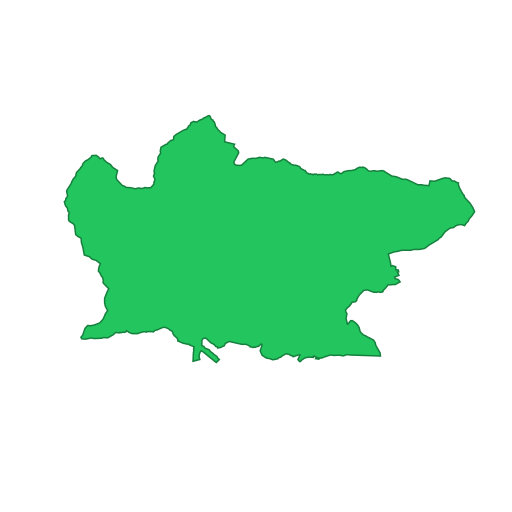 Sighisoara, Mures, Romania (orthographic projection), rotated 285°
{"feature_id": "2599482B28602664470225", "entity_name": "Sighisoara", "entity_type": "district", "adm_level": 2, "iso_a3": "ROU", "parent_name": "Romania", "parent_adm1": "Mures", "projection": "orthographic", "projection_center": [24.78, 46.228], "detail": "fine", "context": "isolated", "style": "filled", "palette": "green", "viewbox_px": 512, "rotation_deg": 285, "n_neighbors": 0, "source": "geoboundaries", "source_scale": "gbopen_adm2", "svg_char_len": 6122}
<svg xmlns="http://www.w3.org/2000/svg" viewBox="0 0 512 512"><g transform="rotate(285 256 256)"><path d="M191.6,402.1L194.6,400.9L199.3,396.2L200.9,394.7L203.1,393.6L205.2,391.3L206.3,386.5L206.7,384.1L207.3,382.7L207.5,380.2L208.3,379.0L209.0,377.3L210.5,375.8L213.5,374.2L215.8,371.8L217.2,369.4L218.5,365.8L218.0,364.1L214.1,362.4L213.9,362.2L214.1,361.8L219.1,359.1L223.8,358.8L225.2,357.3L226.9,356.5L229.3,357.5L232.2,359.5L233.4,359.6L234.1,360.2L235.9,360.6L236.4,361.3L237.5,363.8L239.0,364.8L240.5,364.6L244.7,365.7L250.8,369.1L252.1,372.4L251.4,379.2L251.9,380.1L251.9,381.4L253.1,383.5L253.0,385.3L254.0,387.5L254.5,387.9L256.1,387.7L256.9,388.6L262.5,391.2L263.0,393.5L264.1,396.2L264.3,397.7L268.3,401.9L270.0,399.6L270.2,398.6L270.0,396.5L271.5,395.3L274.3,399.1L277.2,396.7L277.7,397.9L279.4,397.0L278.8,394.6L281.8,393.7L282.0,390.1L281.1,389.0L284.4,387.6L292.2,383.3L295.6,388.2L297.3,391.9L298.9,394.6L299.8,397.1L301.6,404.1L303.1,406.5L304.6,412.0L306.8,416.6L307.7,417.6L311.2,420.2L319.0,427.7L320.6,428.4L322.3,430.0L328.2,432.3L332.4,435.5L333.7,437.2L334.6,439.5L336.8,441.0L338.8,443.9L339.6,447.0L339.3,449.6L342.2,450.6L344.5,451.9L347.5,452.5L350.5,454.1L355.4,455.7L359.0,452.8L362.5,448.9L366.6,442.3L368.2,441.5L369.8,439.3L374.6,434.8L376.9,433.2L379.0,432.6L379.1,430.4L379.8,428.3L379.2,425.8L380.5,424.3L381.1,422.7L380.4,418.3L379.1,415.9L374.5,409.3L373.6,404.6L368.8,404.9L367.8,400.0L367.7,397.7L366.7,393.9L368.9,382.3L368.8,380.1L368.0,377.9L368.8,371.5L368.7,368.7L368.4,368.0L368.5,366.2L370.4,359.6L371.1,358.0L371.2,356.4L371.1,355.5L369.2,351.1L369.1,348.4L367.3,344.1L367.4,342.3L368.4,340.8L369.4,338.3L369.5,336.0L368.8,334.8L368.6,333.1L366.3,330.3L365.2,329.8L363.0,325.5L362.4,323.2L360.3,319.2L357.6,317.0L357.5,315.4L358.0,314.6L358.3,313.3L357.7,312.4L356.6,311.7L356.1,310.7L355.1,310.2L354.0,308.4L354.0,306.5L353.1,305.4L352.9,303.5L352.1,301.6L352.3,299.3L351.6,298.4L351.2,296.3L350.4,294.4L350.8,293.2L350.3,292.0L350.2,291.0L349.2,290.3L349.6,289.4L349.2,288.3L349.5,287.5L348.8,285.6L349.4,284.7L349.3,284.3L349.5,283.4L351.3,281.4L351.1,280.4L351.5,279.4L352.0,276.7L353.3,275.5L353.7,274.3L354.0,271.2L353.6,269.3L353.6,266.5L353.9,265.6L354.7,264.6L354.8,263.5L356.3,260.3L356.6,258.6L356.7,257.2L353.8,254.5L353.7,253.6L352.8,252.7L351.7,251.0L351.9,250.1L354.0,247.7L353.6,239.1L352.5,237.4L352.3,234.0L350.3,230.7L349.4,227.1L347.5,223.2L339.9,218.5L339.1,216.1L338.5,212.7L339.6,211.0L341.2,210.3L351.1,212.6L352.9,211.7L355.7,206.3L357.1,206.0L358.4,206.4L358.2,196.1L364.8,194.9L366.3,189.7L367.5,188.1L367.8,187.0L370.1,184.5L370.7,183.2L372.0,182.8L374.6,181.1L375.0,179.9L376.1,179.3L376.3,178.0L377.5,176.5L378.9,175.7L379.5,174.5L379.2,173.7L376.5,171.0L376.4,170.4L375.2,169.3L374.6,169.2L372.8,166.6L370.0,164.1L369.8,160.8L367.8,158.6L365.5,158.5L364.7,157.6L360.3,156.1L360.1,155.3L358.8,153.5L352.7,147.4L350.2,145.7L347.5,146.1L346.4,145.8L345.9,144.3L345.4,143.7L342.3,141.6L341.0,141.2L340.7,140.3L336.5,136.1L332.7,136.3L330.7,137.3L326.2,135.8L323.3,136.3L322.2,137.1L320.9,136.4L317.1,135.3L312.2,135.5L310.8,135.8L309.8,136.6L306.6,136.3L303.8,138.7L300.9,138.3L299.1,138.8L294.8,136.7L293.7,133.5L293.3,130.6L292.3,129.7L291.6,128.1L291.5,126.0L291.2,124.6L289.7,122.1L289.5,116.9L288.6,112.9L289.3,111.2L289.5,108.6L293.4,102.3L294.9,100.9L297.0,100.3L302.7,100.2L304.5,94.6L306.0,92.8L306.9,91.2L307.9,87.4L309.6,84.2L310.9,83.1L310.9,82.0L309.6,80.3L309.7,79.8L310.6,78.8L311.9,75.7L310.6,71.6L308.6,71.0L305.6,68.8L303.7,66.7L300.7,65.0L297.4,64.7L296.6,64.0L294.4,63.3L290.2,61.0L286.1,61.1L283.2,59.6L280.1,58.8L278.4,58.8L270.6,56.3L269.1,56.5L265.4,58.4L263.5,58.1L262.1,57.4L260.5,57.8L258.9,56.8L256.1,58.4L254.9,59.4L253.5,61.4L250.8,62.7L249.6,64.4L247.1,64.3L242.1,65.7L241.1,67.0L239.7,71.4L238.4,72.9L230.0,76.3L228.8,78.8L228.0,82.4L223.8,83.9L220.0,86.3L212.5,89.9L212.2,95.2L210.5,98.4L210.4,102.5L208.3,107.7L205.2,107.2L201.2,107.5L200.5,107.8L198.9,110.0L196.8,111.6L195.7,113.2L192.8,114.9L191.3,115.0L190.3,115.5L186.2,122.3L183.6,121.6L176.0,120.7L171.5,121.9L168.3,123.6L164.9,126.8L161.2,125.5L155.6,124.7L151.3,122.6L150.2,121.5L147.1,117.0L145.6,113.6L145.4,111.6L144.6,111.0L141.9,109.6L134.7,109.1L132.2,107.9L130.9,109.1L131.5,112.7L134.1,117.9L134.3,119.2L134.3,120.9L136.6,128.1L137.7,129.8L138.6,134.0L143.0,138.5L145.8,140.2L146.2,143.1L146.7,143.8L146.5,144.4L147.0,144.7L147.0,145.5L148.1,147.4L148.0,148.3L149.0,149.9L150.3,150.3L149.2,153.7L149.0,156.6L150.4,161.8L151.7,163.5L153.8,167.2L154.1,168.4L154.0,169.7L154.9,170.2L155.0,171.5L155.6,173.2L156.2,176.7L157.9,177.5L159.1,179.8L162.7,184.2L163.6,186.5L163.1,190.4L162.0,192.4L161.8,194.4L159.2,196.2L158.0,197.5L155.9,201.6L153.7,202.4L152.8,208.6L153.1,210.3L152.9,211.0L153.4,214.3L152.9,214.7L152.3,219.6L149.7,219.8L149.0,220.4L146.7,220.5L138.0,222.4L141.5,228.5L144.0,227.1L145.8,226.8L148.2,226.8L150.2,227.5L149.9,229.3L142.8,245.2L146.5,247.4L147.5,245.5L148.7,244.4L149.5,242.6L149.9,240.8L150.6,240.2L151.9,236.8L153.3,235.1L153.8,230.9L154.1,230.1L155.1,229.2L155.4,227.1L156.6,226.5L160.8,225.6L162.2,226.0L163.5,227.6L163.5,229.3L160.4,235.0L160.1,236.9L159.4,238.9L158.2,240.5L158.1,242.3L157.2,242.8L158.5,245.5L161.2,248.6L163.6,249.0L166.5,252.2L167.0,265.2L168.1,269.1L167.9,271.0L167.4,272.9L166.7,274.0L167.0,275.6L166.8,276.7L167.4,277.7L167.6,279.0L168.6,280.1L169.4,281.8L172.4,283.8L171.6,284.9L165.4,284.6L161.7,287.6L160.1,292.4L160.4,295.6L160.1,299.1L162.3,303.6L163.5,304.2L165.0,306.4L165.9,306.8L169.4,310.3L169.3,311.7L169.6,312.3L169.6,313.6L169.0,314.6L168.9,316.5L169.1,317.1L168.3,318.0L171.4,322.5L171.8,324.1L166.8,323.3L165.3,325.4L165.6,326.2L167.6,327.3L170.1,329.5L171.2,331.4L172.1,333.7L172.9,337.6L173.9,337.2L174.5,338.3L174.1,338.8L174.2,339.9L173.6,340.1L173.5,340.6L172.4,340.3L172.7,341.0L173.5,341.1L173.7,342.9L173.7,343.3L173.3,343.1L172.5,341.1L172.3,341.5L172.7,342.9L172.6,343.4L174.0,344.3L174.5,345.9L175.8,347.6L179.7,353.6L180.2,357.3L181.7,361.8L182.1,366.2L184.0,368.9L184.4,369.9L184.7,372.4L191.6,402.1Z" fill="#22c55e" stroke="#15803d" stroke-width="1.5"/></g></svg>